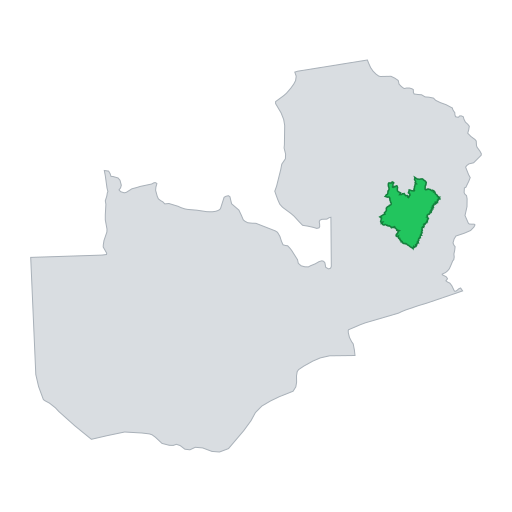 Mpika, Muchinga, Zambia shown in context
{"feature_id": "96606910B87532559916375", "entity_name": "Mpika", "entity_type": "district", "adm_level": 2, "iso_a3": "ZMB", "parent_name": "Zambia", "parent_adm1": "Muchinga", "projection": "orthographic", "projection_center": [31.827, -12.049], "detail": "fine", "context": "in_parent", "style": "filled", "palette": "green", "viewbox_px": 512, "rotation_deg": 0, "n_neighbors": 0, "source": "geoboundaries", "source_scale": "gbopen_adm2", "svg_char_len": 9619}
<svg xmlns="http://www.w3.org/2000/svg" viewBox="0 0 512 512"><path d="M355.0,355.5L329.6,355.8L320.3,357.9L312.8,361.1L303.8,366.1L298.6,369.6L297.2,371.6L296.5,375.8L296.6,382.3L295.8,386.9L293.1,391.2L279.5,396.6L270.6,400.9L261.9,406.0L255.4,412.6L251.0,420.7L243.7,430.7L228.5,448.6L219.5,452.0L211.9,451.4L202.6,447.9L195.3,447.3L189.9,449.8L184.9,449.2L180.2,445.6L176.4,444.3L173.3,445.4L169.3,445.3L162.0,443.4L155.5,437.3L152.1,434.8L149.4,433.9L141.9,433.0L124.6,432.0L106.9,435.7L91.4,439.3L74.8,425.8L58.8,411.5L55.4,407.8L49.4,403.1L45.1,400.8L43.4,399.6L38.6,386.6L35.8,374.5L30.7,257.4L101.9,255.1L106.5,254.5L106.7,253.2L103.2,247.0L103.3,244.8L104.0,240.5L106.9,232.0L107.0,229.1L105.3,219.9L105.3,214.8L105.9,204.3L105.3,200.8L106.8,196.1L107.3,192.9L107.9,191.6L107.0,188.0L105.3,175.7L104.3,170.5L108.6,171.1L110.1,173.7L111.0,176.4L113.0,176.5L118.1,178.0L120.0,180.3L121.3,185.2L120.6,187.8L119.0,189.9L120.7,191.7L124.2,192.8L126.2,192.4L131.9,188.8L137.2,187.4L139.9,186.5L151.7,184.0L154.1,182.7L155.7,182.7L156.9,183.6L155.9,187.1L155.6,190.3L157.2,196.2L158.4,198.9L160.9,200.8L162.8,201.8L164.8,203.9L168.9,203.5L178.1,206.3L180.9,207.6L184.8,208.9L187.5,209.4L196.9,210.2L206.9,211.7L212.1,211.8L215.7,211.3L218.3,210.4L219.8,209.4L220.5,208.6L224.1,197.3L225.9,196.3L228.4,195.7L229.9,196.7L231.6,203.8L238.9,210.1L241.4,215.4L243.3,219.9L244.9,221.2L247.6,222.7L252.0,223.2L255.9,223.3L275.3,230.9L277.5,232.3L279.9,236.4L281.4,241.1L283.0,244.8L285.5,245.5L287.7,245.8L290.0,248.3L291.7,250.5L297.5,259.7L298.3,263.3L301.1,265.8L304.9,266.8L308.4,266.9L310.4,265.8L315.3,263.8L319.1,261.6L321.9,260.8L323.6,261.3L324.9,262.8L325.7,267.3L328.5,268.9L330.5,268.3L331.3,266.5L331.3,265.5L330.9,217.3L329.1,217.7L326.9,219.1L321.8,219.3L319.8,220.3L319.2,221.9L319.6,223.9L319.7,226.6L319.0,227.9L316.7,228.4L313.5,227.4L307.6,226.1L302.6,225.3L299.1,221.7L294.2,216.3L291.1,213.6L283.5,208.0L282.2,206.9L279.8,204.2L277.8,199.7L275.9,194.5L274.8,191.2L276.6,186.1L280.8,169.3L281.8,164.1L285.4,158.8L285.6,154.1L284.1,148.0L284.4,144.7L284.7,125.6L283.7,119.5L281.1,112.9L275.6,103.6L275.6,101.6L283.9,95.5L286.5,93.2L290.8,88.2L293.8,84.0L295.6,80.6L296.2,76.2L294.8,72.1L297.7,71.2L367.4,60.0L368.5,62.9L370.6,67.6L373.0,71.1L376.0,74.1L378.6,76.0L380.3,76.5L391.0,76.3L394.9,78.2L398.2,80.5L399.1,84.2L401.3,86.5L403.7,88.3L404.7,88.5L406.5,88.0L409.4,88.0L412.0,88.8L413.3,89.6L413.4,92.6L414.2,94.0L417.9,94.5L421.6,94.8L425.1,96.9L429.0,97.2L433.5,98.1L435.6,100.3L440.3,102.6L446.1,104.7L452.5,108.1L452.6,109.2L453.7,111.2L454.8,112.6L454.9,114.7L455.5,116.7L457.1,117.1L458.4,117.3L459.7,115.9L461.4,115.9L463.3,116.8L463.9,119.1L465.4,122.1L467.7,124.2L469.3,126.2L468.7,129.9L467.7,133.2L470.9,136.5L475.1,139.6L476.2,141.0L476.5,145.7L477.1,147.3L479.9,151.1L481.3,153.7L481.2,155.2L473.6,162.8L468.9,163.9L466.8,165.5L465.6,167.1L468.6,174.7L470.2,177.6L468.8,181.2L465.8,187.4L464.4,187.9L464.1,192.6L465.0,194.3L466.5,195.6L467.1,198.8L467.0,206.6L465.0,215.5L468.4,223.3L469.5,224.1L474.2,224.2L475.0,224.9L473.9,227.1L470.6,230.5L464.6,233.1L456.0,236.0L454.2,238.8L453.0,242.9L454.0,245.3L455.1,246.7L454.7,250.3L453.9,254.0L454.2,257.0L453.8,259.6L452.7,260.9L451.1,264.8L449.3,268.8L447.8,270.6L445.6,272.5L442.2,274.1L442.3,274.8L446.1,276.7L447.1,278.0L447.5,278.8L445.9,280.8L447.6,282.1L449.8,283.1L451.8,285.7L454.2,290.7L454.6,291.2L455.2,291.3L456.5,290.8L458.9,288.7L460.6,288.0L462.6,290.9L426.9,303.1L418.5,305.6L405.9,309.9L401.9,311.5L398.6,313.1L365.4,322.8L360.3,324.7L348.6,329.7L348.2,330.5L348.3,332.7L349.4,337.3L351.5,341.5L353.2,343.9L354.4,350.1L355.0,355.5Z" fill="#d9dde1" stroke="#a8b0b8" stroke-width="1"/><path d="M426.1,182.2L425.3,181.1L424.2,180.3L423.6,180.1L422.7,179.0L422.2,178.9L421.5,179.0L421.2,178.9L419.3,179.3L418.6,179.1L417.5,179.2L416.6,178.5L416.0,178.4L415.5,177.8L414.7,177.3L415.0,178.2L414.5,179.1L414.6,179.7L415.6,181.3L415.5,181.7L415.6,182.1L415.1,182.8L416.3,183.8L415.3,184.0L415.0,184.8L414.8,186.1L414.4,186.8L414.5,187.9L414.1,188.6L414.1,189.3L413.9,189.6L414.0,190.2L414.3,190.1L414.5,190.3L414.1,190.9L413.5,190.9L411.6,190.7L409.6,189.9L409.0,190.1L409.2,190.5L409.2,191.0L408.4,192.4L408.4,192.9L408.6,193.1L409.2,193.1L409.8,193.9L409.7,194.4L410.1,194.9L409.9,195.4L409.4,195.8L409.3,196.2L409.0,196.4L409.1,196.8L408.5,197.6L407.9,197.2L408.0,197.0L407.8,196.6L408.0,196.6L408.1,196.3L407.9,196.1L407.7,196.1L407.2,195.5L405.6,195.7L404.1,193.5L403.2,193.9L402.4,193.7L401.6,194.5L399.6,194.6L400.6,192.9L398.1,191.6L397.4,190.7L397.3,188.7L397.6,187.8L397.1,186.0L396.5,185.8L395.1,186.5L394.7,186.5L394.7,186.9L394.2,186.8L393.4,187.4L392.7,187.3L392.6,187.2L392.5,186.8L392.8,186.5L393.0,185.9L392.9,184.8L393.0,184.0L393.8,182.9L393.4,182.4L392.2,181.9L391.8,182.6L391.0,183.2L390.3,182.9L388.7,183.0L388.3,183.9L388.3,185.1L388.4,186.2L389.0,187.9L389.0,189.6L388.4,190.6L388.3,190.9L388.0,191.0L387.8,193.5L387.3,194.4L386.6,194.6L386.2,194.9L385.7,195.9L385.5,196.1L385.2,196.4L386.8,196.9L387.2,197.2L387.9,197.0L388.4,197.1L388.9,197.0L389.6,197.5L389.6,198.3L390.0,198.8L390.0,199.3L389.8,199.8L390.5,201.4L390.6,202.3L391.2,203.0L391.2,204.3L390.6,205.0L389.8,205.3L389.4,205.3L389.0,206.1L388.2,206.4L387.1,207.1L386.5,208.1L386.3,208.2L386.4,210.4L385.7,211.5L384.4,212.8L384.6,213.6L385.0,214.1L384.7,214.3L384.0,214.4L383.3,214.7L382.2,215.5L381.3,215.9L381.3,216.3L381.2,216.5L380.3,216.6L379.8,216.9L381.6,218.1L381.2,218.6L381.2,219.5L380.6,221.7L381.1,222.2L381.2,222.8L381.5,222.3L382.8,222.1L382.5,222.5L382.2,223.8L382.6,224.5L384.0,225.1L384.9,224.5L385.5,224.5L386.5,225.3L387.2,225.2L387.4,225.7L388.4,226.0L388.7,226.0L389.0,225.7L389.6,225.8L389.9,226.3L390.4,226.5L391.0,227.0L391.2,227.6L391.5,227.8L391.9,227.5L392.0,227.3L392.4,227.4L392.8,227.2L393.1,227.5L393.3,227.3L393.8,227.3L394.0,226.9L394.2,227.0L394.3,227.2L394.6,226.8L395.0,227.2L395.2,228.0L396.5,229.1L396.7,230.1L397.2,229.9L397.3,230.1L397.7,230.2L399.3,230.6L399.0,230.8L398.3,231.0L398.5,231.1L398.1,231.3L398.1,231.6L398.3,231.6L398.2,231.9L398.0,232.0L397.9,232.7L397.6,232.9L397.6,233.3L397.4,233.4L397.4,233.6L397.2,233.8L396.9,233.7L397.0,233.8L396.9,234.1L396.7,234.0L396.4,234.3L396.5,234.8L396.2,235.0L396.1,235.8L396.5,235.9L396.5,236.1L396.9,236.5L397.3,236.5L397.7,236.6L398.4,236.1L398.3,236.5L398.4,237.8L398.9,238.3L399.2,238.3L399.1,238.5L399.7,238.7L399.6,239.1L399.8,239.4L400.1,239.5L400.0,239.8L400.5,240.3L400.5,240.7L400.9,241.0L401.2,240.8L401.5,241.3L401.4,241.6L401.8,241.5L402.2,241.6L402.1,242.1L402.3,242.6L402.7,242.7L402.9,243.1L403.3,243.2L403.6,243.5L404.7,243.4L405.2,243.9L405.7,243.5L406.3,243.7L407.6,245.0L408.5,245.3L410.4,246.9L410.9,247.1L411.3,247.5L412.3,247.9L412.8,248.4L412.7,247.7L413.0,247.6L413.1,248.0L413.4,248.0L413.6,247.0L413.8,247.4L414.0,247.5L414.2,247.4L414.3,246.8L414.6,246.9L415.2,246.5L415.7,246.7L416.0,246.3L415.7,245.8L415.7,245.6L416.3,245.8L416.6,245.4L416.5,245.0L415.9,245.0L415.8,244.8L416.5,244.7L416.6,244.0L417.2,243.8L417.2,243.3L417.7,242.8L417.6,242.2L417.8,242.1L418.3,242.5L418.1,241.5L417.8,241.5L418.2,241.1L418.4,240.6L418.6,240.6L418.8,240.4L418.7,240.2L418.3,240.4L418.3,239.9L418.7,239.3L418.8,238.8L419.2,238.6L418.9,238.3L419.6,237.9L419.7,237.5L420.3,237.5L420.1,236.8L420.3,235.9L420.7,235.4L421.3,235.2L420.7,234.8L421.2,234.3L421.2,233.7L421.6,233.4L421.5,232.7L422.0,232.6L421.6,232.1L421.6,231.2L422.1,231.0L422.4,230.3L422.3,230.0L421.8,229.4L422.2,228.8L422.0,227.7L422.4,227.2L423.2,227.3L422.9,226.8L423.1,226.7L424.0,226.5L424.0,226.3L423.5,226.2L424.0,225.8L423.9,224.6L424.4,224.5L424.4,224.1L424.8,224.3L425.0,224.3L425.2,223.9L425.2,223.7L424.9,223.7L425.7,223.2L426.1,222.7L426.6,222.7L426.6,221.6L426.8,221.5L427.0,221.8L427.3,221.8L427.1,220.8L427.5,220.6L427.5,219.4L427.9,219.3L428.0,218.9L428.4,218.6L428.3,218.4L427.8,218.4L427.9,217.9L427.5,217.7L427.4,217.1L427.0,217.0L427.3,216.8L427.4,216.4L427.1,215.7L427.2,215.1L427.6,214.8L428.2,214.6L428.4,214.1L429.4,214.1L429.7,213.4L430.1,213.0L430.0,212.3L430.6,212.5L430.7,212.0L430.8,211.9L431.2,212.3L431.3,212.2L431.4,211.8L431.0,211.6L431.2,211.1L430.9,210.8L431.2,210.7L431.2,210.3L431.7,210.2L431.4,209.8L431.9,209.5L431.8,209.1L432.2,208.8L432.5,208.8L432.2,208.4L432.7,208.1L432.3,207.9L432.6,207.8L432.6,207.4L433.1,207.4L433.1,207.2L432.8,207.0L432.8,206.7L433.3,206.8L433.1,206.3L432.7,206.1L433.0,205.9L432.8,205.7L433.1,205.5L433.3,205.2L433.7,205.1L433.6,204.7L433.9,204.6L433.8,204.2L434.0,204.2L434.1,204.4L434.2,204.2L434.9,203.9L435.0,203.5L435.4,203.8L435.4,203.2L435.7,203.5L436.3,203.2L436.2,203.1L435.9,203.2L435.7,203.0L436.1,202.9L435.8,202.6L436.0,202.5L436.3,202.8L436.0,202.3L436.4,202.4L437.0,201.8L437.5,202.1L437.5,201.0L437.8,200.7L437.4,200.4L437.4,200.1L437.9,199.7L438.2,199.7L438.4,199.0L438.6,199.2L438.9,198.9L439.4,199.0L439.1,198.5L439.7,198.2L439.4,197.9L439.4,197.4L439.2,197.4L439.3,197.3L439.0,197.3L438.8,196.9L437.5,196.5L437.5,196.2L437.3,196.0L437.4,195.4L435.5,194.0L435.1,192.9L435.3,192.8L435.0,192.8L435.0,192.6L435.0,192.2L434.6,192.0L434.3,191.5L434.1,191.6L434.2,191.4L434.0,191.2L433.9,191.3L433.9,191.0L433.6,190.6L433.1,190.7L432.8,190.6L432.5,190.5L432.4,190.6L432.3,190.4L432.0,190.5L432.0,190.3L431.4,190.5L430.0,189.4L429.5,189.5L428.9,189.2L428.8,189.3L428.3,189.2L428.2,189.0L427.9,189.0L427.4,189.1L427.2,189.5L426.7,189.7L426.4,189.5L425.8,189.5L425.6,189.7L425.2,189.4L425.3,189.2L425.0,188.3L425.2,187.7L425.1,187.0L425.3,185.7L425.8,185.1L425.8,184.3L426.0,184.1L425.9,183.8L426.1,183.4L426.2,182.7L426.0,182.3L426.1,182.2Z" fill="#22c55e" stroke="#15803d" stroke-width="1.5"/></svg>